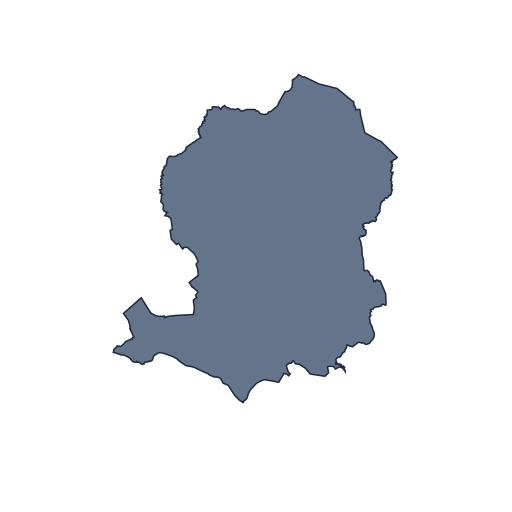 Kalsnavas pag., Madona, Latvia, rotated 53°
{"feature_id": "27541924B10280579441217", "entity_name": "Kalsnavas pag.", "entity_type": "district", "adm_level": 2, "iso_a3": "LVA", "parent_name": "Latvia", "parent_adm1": "Madona", "projection": "orthographic", "projection_center": [25.941, 56.721], "detail": "fine", "context": "isolated", "style": "filled", "palette": "slate", "viewbox_px": 512, "rotation_deg": 53, "n_neighbors": 0, "source": "geoboundaries", "source_scale": "gbopen_adm2", "svg_char_len": 6119}
<svg xmlns="http://www.w3.org/2000/svg" viewBox="0 0 512 512"><g transform="rotate(53 256 256)"><path d="M132.1,279.9L132.9,280.5L133.1,281.2L134.5,281.1L134.5,281.8L135.8,281.6L135.1,283.3L135.2,283.8L137.7,284.2L137.4,285.8L137.7,286.2L139.6,287.0L139.9,287.8L141.8,287.8L141.6,288.6L142.2,289.8L143.3,289.8L144.2,290.4L145.1,290.1L146.0,291.6L145.1,293.1L147.3,293.4L147.4,294.2L148.2,294.9L149.2,294.2L149.0,293.6L150.3,293.5L151.2,295.6L152.0,295.9L155.2,299.2L156.3,299.5L157.7,299.0L159.7,299.3L162.9,302.3L165.0,302.4L167.9,300.7L167.8,301.4L169.0,304.5L171.2,302.5L173.6,301.7L175.4,301.7L184.5,306.8L183.8,309.2L191.4,313.4L199.1,312.6L199.2,310.1L206.2,310.5L206.3,309.6L205.7,308.8L207.6,305.7L217.3,303.9L225.6,305.5L226.3,308.4L227.1,309.1L231.2,310.4L236.7,313.7L236.9,325.3L242.9,325.7L243.3,325.1L249.8,323.9L251.2,328.1L253.4,328.3L253.6,332.7L260.7,336.7L264.5,340.6L265.0,341.3L255.5,355.4L251.0,362.9L250.3,366.0L248.9,365.2L246.0,369.6L243.6,371.8L238.6,374.2L235.0,374.1L220.3,372.8L220.3,373.1L222.1,396.5L230.5,396.6L234.5,398.1L238.7,400.3L238.5,400.6L247.0,402.3L246.8,403.6L247.8,404.4L247.1,405.4L246.9,407.7L246.2,409.7L245.9,412.0L246.5,413.6L246.9,418.4L244.2,420.9L244.7,421.8L245.0,425.6L247.2,428.1L248.4,426.9L253.7,423.3L256.2,420.7L262.0,418.0L264.4,418.2L266.4,417.9L268.1,416.5L268.3,416.1L268.4,414.9L269.2,415.1L270.6,413.2L274.0,412.3L274.1,411.2L274.9,410.6L274.1,409.7L274.0,408.6L275.8,405.4L275.4,405.1L276.4,403.8L276.7,402.9L276.8,401.7L276.3,400.7L274.2,397.7L274.6,392.2L276.0,390.1L277.9,388.5L286.5,382.8L290.3,381.1L293.5,380.6L301.5,377.9L306.0,373.7L308.3,372.1L318.3,366.9L321.3,365.0L322.7,364.9L325.7,363.3L327.7,361.9L330.0,359.2L331.7,358.3L333.6,358.2L337.8,358.8L342.0,356.3L343.3,356.1L355.1,356.9L362.0,355.8L365.4,354.4L365.4,354.1L364.4,353.2L364.6,351.6L364.3,349.0L361.4,345.0L359.6,341.3L358.2,333.9L358.0,331.0L359.1,325.7L360.0,323.5L370.5,313.8L366.7,304.5L368.6,302.6L371.3,302.1L370.9,299.6L369.3,300.0L367.1,299.7L361.6,297.7L361.6,293.5L362.9,292.6L362.7,291.4L362.0,289.9L362.2,289.1L365.7,289.5L368.6,286.6L375.4,284.1L382.9,283.7L393.5,273.4L393.0,268.4L387.6,265.6L388.0,263.9L390.9,260.6L394.1,260.6L394.7,256.1L397.7,254.2L401.9,254.3L400.8,253.6L400.4,254.1L398.9,253.6L398.6,252.6L398.0,253.2L397.5,252.3L396.9,252.2L396.6,252.4L397.3,253.3L395.8,253.7L395.0,253.4L394.9,254.0L393.8,253.4L393.2,253.8L393.6,254.4L392.7,254.3L392.3,255.1L391.3,255.2L391.1,255.5L391.2,256.2L390.1,255.9L389.7,256.3L390.3,256.6L390.5,257.2L390.1,257.5L389.5,257.4L389.1,255.5L387.0,254.8L386.4,253.6L386.1,251.9L387.0,250.5L387.2,249.3L386.9,247.9L385.6,245.6L385.8,242.7L384.2,241.0L384.0,239.3L381.7,236.8L383.9,235.7L386.6,233.5L386.5,226.3L387.9,224.8L389.0,224.2L390.1,222.3L392.4,221.8L393.7,219.5L393.9,217.2L393.2,215.3L393.0,213.4L392.6,212.2L391.5,210.3L390.7,209.4L388.0,207.6L386.2,207.4L381.5,205.5L379.5,205.5L373.2,202.4L373.0,202.7L373.2,201.4L372.8,200.5L372.1,199.8L370.1,199.2L369.8,198.6L369.7,197.2L367.8,196.8L368.8,194.2L368.2,192.5L368.4,191.9L370.0,189.1L371.3,185.8L371.2,185.4L370.6,184.7L370.7,183.6L372.7,182.7L373.3,181.9L373.1,181.3L364.0,175.1L350.6,171.8L350.4,172.6L349.8,173.1L349.1,173.0L347.8,173.9L347.7,174.8L348.2,175.9L347.0,176.3L347.2,177.4L342.6,175.3L339.6,176.2L336.5,175.3L334.4,175.8L332.9,178.4L332.1,178.2L323.8,172.5L319.1,170.6L312.9,166.3L310.3,165.3L308.9,164.3L303.7,162.7L303.3,161.1L303.4,160.2L304.3,159.8L304.4,159.5L303.9,159.1L304.1,158.0L304.8,158.1L305.1,156.1L304.4,154.7L302.0,152.8L301.1,152.8L299.3,153.9L299.0,153.8L298.7,153.1L297.6,153.0L297.6,152.2L296.8,151.8L295.9,152.4L295.5,152.2L295.3,151.6L295.4,149.0L296.0,148.6L296.9,146.8L297.8,146.2L297.6,144.7L297.3,144.2L297.6,143.5L298.1,143.5L297.9,142.1L298.3,141.5L298.8,141.4L299.3,140.7L300.3,140.0L299.9,139.3L299.9,138.5L299.2,137.7L296.8,136.9L297.0,136.1L296.8,134.7L296.5,134.0L295.7,133.6L295.8,132.1L295.2,130.7L294.3,129.6L293.3,129.3L292.3,127.7L290.5,126.8L290.3,126.3L290.3,125.6L288.6,124.2L288.9,123.3L287.9,121.9L288.0,121.2L288.5,120.7L288.6,119.8L287.5,119.1L287.3,118.4L288.0,116.9L288.6,116.7L288.7,115.5L288.1,114.7L288.1,113.9L287.7,113.1L288.4,112.3L288.1,111.8L288.2,111.4L287.6,111.1L287.3,110.0L286.0,108.5L285.3,108.3L285.2,107.2L284.1,107.7L282.9,106.2L282.3,106.3L282.4,105.7L281.7,104.9L281.4,105.2L281.0,104.4L280.0,104.7L278.4,102.8L277.9,102.6L276.6,103.0L276.4,102.2L275.6,102.1L275.2,100.5L273.4,99.5L272.9,97.7L271.5,96.2L271.3,97.0L271.5,97.5L268.9,97.4L268.2,95.2L267.8,94.8L266.8,94.8L266.3,94.1L266.6,93.9L266.8,93.3L265.6,93.2L265.3,92.1L264.1,92.3L263.2,91.1L262.6,91.6L261.8,91.6L261.8,90.5L262.3,90.1L262.4,89.3L261.9,88.4L262.6,86.1L262.3,83.9L239.7,87.2L237.1,88.7L223.0,94.9L206.6,87.8L201.8,85.0L200.5,85.7L200.2,87.2L199.2,88.6L198.1,87.5L196.0,86.9L194.8,87.5L194.6,86.9L191.4,85.1L190.4,85.8L171.0,90.4L156.5,102.2L143.8,108.6L142.0,109.7L141.8,110.5L136.7,112.9L137.6,116.2L137.6,118.4L137.3,120.3L137.5,121.2L139.8,122.7L140.4,123.5L142.6,125.2L144.0,128.5L144.0,130.9L142.2,133.9L147.1,145.3L149.0,148.3L149.5,157.3L148.6,158.8L149.1,161.0L149.2,162.2L147.6,164.6L145.8,166.3L144.6,167.0L142.0,167.1L140.9,167.5L140.2,168.7L138.8,168.6L138.1,169.0L133.4,175.2L131.8,180.4L127.4,181.6L126.6,184.6L124.7,185.9L123.3,188.1L121.1,188.9L119.6,190.3L117.0,190.4L116.8,191.3L116.7,193.7L117.6,195.5L117.6,196.1L114.7,196.1L111.2,200.2L110.7,201.3L112.1,202.3L112.3,202.8L112.0,204.2L110.1,207.1L112.3,208.6L113.0,209.9L113.7,210.4L113.5,210.6L114.3,211.0L114.2,212.0L114.4,212.5L113.9,212.9L114.1,214.0L115.3,214.1L115.5,214.7L116.5,214.7L116.7,215.1L116.5,215.4L117.4,215.6L117.0,216.0L116.6,217.4L117.2,217.7L117.7,218.7L118.0,218.5L117.8,219.1L119.4,221.2L119.0,223.2L120.1,224.9L119.7,225.5L120.6,225.9L120.7,226.2L121.8,226.4L121.8,226.9L122.7,227.3L122.6,227.5L123.9,227.6L124.3,228.3L124.8,227.9L126.2,228.5L126.3,228.2L127.7,228.9L128.3,228.7L128.0,230.1L127.1,246.1L129.1,248.9L129.4,253.6L128.5,256.4L127.9,257.4L128.4,259.3L126.8,262.1L124.2,265.1L124.9,268.2L129.7,273.3L129.3,275.5L130.8,276.9L132.1,279.9Z" fill="#64748b" stroke="#1e293b" stroke-width="1.5"/></g></svg>